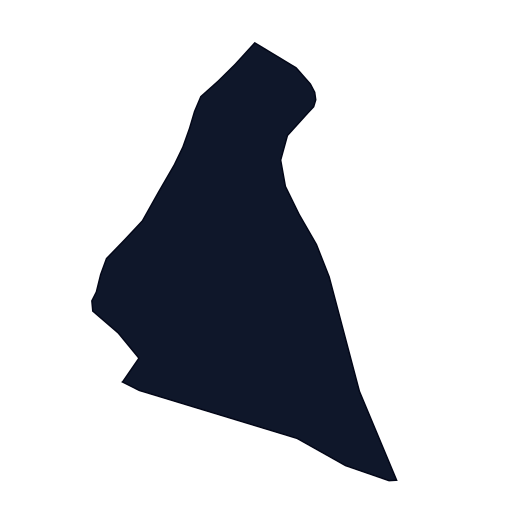 outline of Ordubad, rotated 5°
{"feature_id": "AZE-2418", "entity_name": "Ordubad", "entity_type": "District", "adm_level": 1, "iso_a3": "AZE", "parent_name": "Azerbaijan", "parent_adm1": "", "projection": "albers", "projection_center": [45.885, 39.078], "detail": "fine", "context": "isolated", "style": "filled", "palette": "ink", "viewbox_px": 512, "rotation_deg": 5, "n_neighbors": 0, "source": "natural_earth", "source_scale": "10m", "svg_char_len": 639}
<svg xmlns="http://www.w3.org/2000/svg" viewBox="0 0 512 512"><g transform="rotate(5 256 256)"><path d="M236.2,43.8L279.6,65.1L295.2,80.0L300.2,87.8L301.9,95.2L300.4,102.3L295.2,108.9L276.8,133.2L272.2,158.3L279.2,184.1L295.3,210.8L315.2,239.3L330.7,270.4L370.8,381.8L415.6,467.1L408.1,468.2L363.5,457.0L312.8,434.1L151.5,400.1L133.9,393.1L134.0,393.0L134.2,392.9L148.3,368.0L125.5,344.7L98.2,325.1L96.4,315.0L100.1,305.8L102.9,287.9L107.3,271.6L123.8,251.3L139.8,230.9L153.1,201.4L166.7,172.3L173.7,153.8L178.7,134.6L182.2,117.4L187.2,102.0L203.2,85.0L218.5,67.0L236.2,43.8Z" fill="#0f172a" stroke="#020617" stroke-width="1.5"/></g></svg>